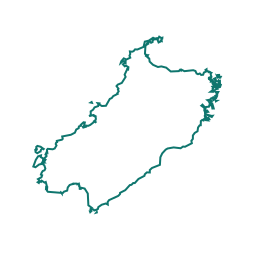 Sardegna, Nuoro, Italy, rotated 47°
{"feature_id": "23120603B31191283857260", "entity_name": "Sardegna", "entity_type": "district", "adm_level": 2, "iso_a3": "ITA", "parent_name": "Italy", "parent_adm1": "Nuoro", "projection": "mercator", "projection_center": [9.015, 40.086], "detail": "fine", "context": "isolated", "style": "outline", "palette": "teal", "viewbox_px": 256, "rotation_deg": 47, "n_neighbors": 0, "source": "geoboundaries", "source_scale": "gbopen_adm2", "svg_char_len": 5680}
<svg xmlns="http://www.w3.org/2000/svg" viewBox="0 0 256 256"><g transform="rotate(47 128 128)"><path d="M88.4,217.1L91.6,223.5L93.6,222.4L94.1,217.8L95.5,215.6L94.9,215.5L94.9,215.1L98.3,214.7L101.3,216.1L102.0,217.9L101.3,219.7L101.8,221.6L102.7,223.5L104.0,223.0L105.0,224.9L104.0,228.7L106.5,228.6L106.1,231.0L107.4,230.7L106.7,229.0L108.1,228.4L107.7,227.1L111.1,226.2L111.4,225.0L115.2,227.0L115.0,227.8L116.5,229.4L116.8,228.1L118.5,230.0L120.0,230.1L129.2,221.7L129.1,221.0L130.7,221.1L130.2,220.7L131.1,219.8L130.9,218.2L132.3,215.2L130.4,212.6L129.9,209.6L131.4,206.1L132.2,206.7L132.4,206.8L131.4,206.1L133.3,203.8L134.1,203.2L134.5,203.5L135.1,203.8L135.4,203.9L134.3,203.3L135.3,202.5L135.6,203.7L135.4,202.1L137.6,203.2L136.7,203.3L136.4,203.6L137.6,203.2L139.6,204.8L140.2,204.2L139.6,203.8L139.9,202.9L142.7,201.0L148.5,202.1L157.5,209.7L161.7,208.9L161.7,210.8L163.1,212.0L163.0,209.9L164.0,208.8L165.3,208.9L165.9,207.6L166.7,205.2L165.6,203.7L166.2,199.5L168.1,195.7L170.2,195.0L168.3,193.4L167.8,191.1L171.0,181.4L170.9,179.0L170.0,178.0L171.6,172.4L171.0,165.6L171.9,164.2L171.8,161.7L172.9,160.6L172.4,155.1L174.2,148.6L173.3,147.3L173.3,144.5L175.4,142.4L173.6,140.7L173.6,137.7L176.7,129.8L171.5,124.3L169.9,120.3L169.5,115.2L170.0,113.0L173.3,107.9L178.7,103.3L179.1,100.4L180.6,99.1L182.7,91.7L180.6,90.4L180.2,88.0L177.7,85.6L177.1,82.5L177.8,79.4L175.4,76.4L174.9,73.8L175.6,72.9L172.6,70.0L172.7,68.3L173.9,67.7L173.2,66.7L173.5,65.7L175.0,66.0L176.3,64.9L174.7,65.1L173.2,63.4L172.2,64.1L171.4,63.5L171.5,61.8L170.7,62.4L169.0,61.0L170.8,58.4L169.2,58.2L167.2,60.2L165.5,58.4L161.8,59.1L162.0,58.1L162.7,58.3L163.1,58.2L162.2,58.0L161.7,57.8L161.7,57.6L166.4,57.7L165.9,56.5L167.6,54.3L166.8,53.0L168.7,51.3L171.3,53.0L172.2,52.0L167.6,49.7L167.1,50.7L166.4,50.3L166.5,51.4L165.1,51.3L165.5,48.4L163.3,49.1L163.1,50.7L161.8,50.9L163.2,48.7L163.0,47.1L164.1,46.4L163.4,45.7L163.7,44.6L164.3,43.9L164.2,44.5L164.9,44.9L166.2,43.1L165.5,41.4L164.1,41.8L164.5,40.2L163.2,40.1L164.0,39.8L163.2,38.2L162.1,38.7L162.6,39.0L162.9,39.5L159.4,39.3L159.7,40.9L157.8,42.9L158.1,40.0L157.0,39.4L157.0,38.3L155.4,38.1L156.6,36.4L153.2,35.9L152.7,33.9L151.1,34.1L150.6,34.9L151.5,35.0L150.7,35.8L150.0,34.2L149.6,35.2L148.0,35.1L148.7,34.3L147.8,32.9L147.1,35.1L146.4,34.5L147.4,32.1L144.6,30.6L144.5,29.4L142.5,30.3L141.7,31.7L141.8,30.4L139.8,31.5L138.6,30.5L138.4,31.7L140.1,32.0L139.2,34.7L140.3,36.7L139.1,38.3L137.1,38.3L136.4,40.1L134.9,40.7L132.3,39.8L130.2,40.9L124.9,48.0L121.6,49.2L122.1,50.1L120.9,50.4L121.1,52.0L115.8,58.2L109.9,58.9L105.7,61.6L103.8,64.5L98.9,66.6L94.2,66.9L91.7,65.1L90.3,65.3L90.6,64.5L90.2,65.4L89.3,65.3L89.3,64.5L88.8,65.5L87.8,65.7L87.8,64.6L87.3,65.3L87.5,64.4L89.7,64.3L87.4,64.4L87.3,65.3L85.2,64.9L80.0,59.4L79.3,56.9L79.9,57.1L80.2,55.6L77.9,53.9L76.3,56.8L79.3,61.3L77.0,67.6L75.3,69.2L75.6,71.5L75.0,73.0L73.3,74.4L75.4,75.9L76.1,77.6L78.1,78.4L76.8,82.5L74.2,83.6L74.6,87.4L75.5,89.0L75.7,86.2L77.4,84.1L79.0,85.6L78.0,86.2L78.0,88.3L80.7,88.3L81.0,87.0L83.8,86.2L85.4,88.1L84.7,88.7L85.2,89.0L84.5,88.6L86.7,94.1L89.0,94.9L90.8,101.8L89.3,105.9L89.5,107.8L92.8,108.2L93.0,109.2L94.8,109.8L95.3,112.2L96.0,112.3L94.6,117.0L95.0,119.5L94.3,121.5L96.7,129.0L94.1,132.1L91.4,132.9L90.6,132.0L89.1,133.3L90.8,133.6L91.6,134.9L90.1,138.4L90.8,141.0L90.4,144.0L92.9,146.1L92.9,148.3L94.9,144.4L96.6,143.9L96.3,144.6L97.7,144.1L99.1,145.0L100.0,146.0L99.9,147.7L100.3,147.5L100.5,147.8L101.6,147.6L101.6,147.8L100.5,147.9L100.0,153.5L99.3,155.6L97.7,157.0L98.5,157.7L97.2,160.4L96.4,160.2L97.0,159.7L94.5,155.8L93.5,156.6L93.5,160.5L94.2,160.8L93.4,162.9L94.5,164.2L93.8,166.9L95.2,170.0L94.0,174.4L89.3,181.9L91.4,183.1L91.5,184.3L88.9,188.8L90.0,189.5L89.7,190.5L90.4,191.8L92.0,192.2L93.0,195.6L92.2,197.6L88.5,200.9L88.6,202.1L90.8,203.7L90.1,203.9L91.5,207.3L91.3,205.4L93.1,206.9L93.0,210.6L94.9,209.9L95.8,212.9L96.4,212.8L94.9,215.1L94.3,212.9L92.4,210.8L89.8,211.7L88.7,210.3L87.4,213.1L88.4,217.1ZM85.4,41.3L84.9,42.3L82.5,42.9L83.3,45.2L82.1,45.4L81.0,47.3L79.1,48.1L78.9,49.4L79.8,49.6L78.6,51.0L78.4,52.7L81.4,53.0L81.9,51.4L80.9,50.4L80.9,49.3L80.4,49.6L80.1,49.6L83.0,46.0L86.3,47.3L86.9,45.5L86.4,44.8L87.5,44.1L85.9,43.0L86.1,42.1L85.4,41.3ZM84.8,204.2L82.1,204.7L79.3,206.5L79.3,208.1L81.1,209.0L80.7,209.6L81.5,210.1L80.9,210.8L82.6,212.0L84.6,211.5L85.3,208.0L84.7,207.8L85.3,207.7L84.6,206.5L84.8,204.2ZM156.3,28.7L155.9,30.2L155.6,30.1L155.4,29.4L155.0,29.3L155.2,30.6L153.6,31.6L153.9,33.6L157.5,33.3L157.4,32.0L158.2,31.7L157.6,31.5L157.3,32.4L157.1,32.5L157.5,31.0L156.7,29.6L157.2,29.5L156.3,28.7ZM159.7,30.6L158.9,30.8L159.0,32.5L158.2,32.5L158.1,34.1L158.7,34.5L157.9,34.3L157.9,35.3L157.2,35.4L157.7,36.1L158.5,35.2L159.6,37.2L160.4,35.8L159.2,35.5L160.8,32.8L159.7,30.6ZM177.1,59.2L176.8,57.8L176.3,58.5L172.7,60.8L172.7,61.1L177.1,59.2ZM151.2,29.9L150.7,31.5L151.7,32.0L152.6,30.9L151.2,29.9ZM177.2,62.6L175.4,62.2L175.1,62.8L176.7,63.6L177.2,62.6ZM156.2,33.8L155.0,34.7L154.9,35.3L156.3,35.5L156.2,33.8ZM153.8,25.2L152.6,26.2L152.8,27.0L154.1,26.1L153.8,25.2ZM152.5,27.1L150.9,27.4L152.3,27.9L152.5,27.1ZM151.3,25.2L150.8,25.8L151.8,26.0L151.0,26.3L152.5,26.4L151.3,25.2ZM78.8,53.1L78.7,54.2L79.4,54.2L79.5,53.6L78.8,53.1ZM85.0,137.2L84.2,136.9L84.0,137.9L85.0,137.2ZM168.6,44.6L168.1,45.1L167.8,45.1L168.4,45.5L168.6,44.6ZM166.7,46.3L166.0,46.1L166.1,46.3L166.7,46.3ZM163.8,212.4L163.3,212.8L163.8,213.0L163.8,212.4ZM153.8,25.2L153.2,25.0L153.8,25.2ZM168.5,208.4L168.2,208.2L168.3,208.8L168.5,208.4ZM163.2,37.4L162.9,37.7L163.3,37.7L163.2,37.4ZM85.8,203.9L85.3,204.0L85.8,204.1L85.8,203.9ZM171.4,61.1L171.1,61.3L171.5,61.1L171.4,61.1Z" fill="none" stroke="#0f766e" stroke-width="2"/></g></svg>